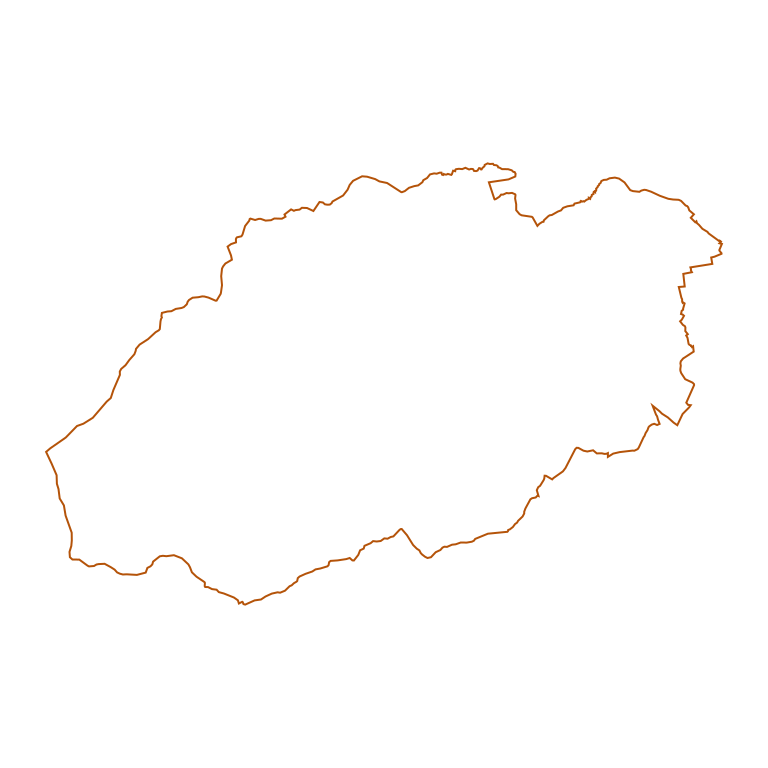 outline of Rasca, Suceava, Romania
{"feature_id": "2599482B72754053923518", "entity_name": "Rasca", "entity_type": "district", "adm_level": 2, "iso_a3": "ROU", "parent_name": "Romania", "parent_adm1": "Suceava", "projection": "orthographic", "projection_center": [26.151, 47.341], "detail": "fine", "context": "isolated", "style": "outline", "palette": "amber", "viewbox_px": 768, "rotation_deg": 0, "n_neighbors": 0, "source": "geoboundaries", "source_scale": "gbopen_adm2", "svg_char_len": 6102}
<svg xmlns="http://www.w3.org/2000/svg" viewBox="0 0 768 768"><path d="M280.1,592.7L285.0,590.7L289.6,586.2L291.7,585.3L293.9,583.2L296.5,581.7L297.2,581.0L297.8,578.1L299.6,576.5L305.6,573.8L312.3,571.5L315.5,569.4L320.3,568.5L327.5,566.3L328.6,565.1L329.1,562.2L330.6,560.9L337.6,560.4L346.2,559.1L349.7,558.0L352.4,560.4L353.9,560.5L358.3,554.9L360.1,550.3L363.7,548.6L364.5,545.8L370.6,543.2L373.1,541.1L376.7,541.5L380.7,541.0L384.3,538.4L387.6,538.7L390.7,537.0L393.4,536.4L399.5,529.9L400.6,529.1L401.7,529.0L407.0,535.2L413.1,545.0L416.8,548.7L419.4,550.4L420.7,553.0L422.1,554.5L425.1,556.8L427.5,558.0L431.0,557.2L435.7,552.2L440.4,550.0L442.5,547.6L444.4,546.7L447.0,546.9L452.0,544.7L455.7,544.3L460.8,542.5L466.7,542.6L471.9,541.7L473.9,540.7L475.2,538.9L487.9,533.7L507.4,531.8L508.0,531.1L508.2,530.0L509.8,529.4L512.9,527.0L515.0,524.1L517.1,522.6L518.1,520.8L522.6,516.5L524.2,513.5L524.2,511.8L525.4,508.5L530.4,499.3L532.1,498.2L535.7,497.5L537.5,495.6L538.5,496.0L536.8,490.2L538.2,487.2L540.1,485.8L543.7,480.0L544.3,478.4L544.6,475.7L546.0,475.8L552.2,479.4L553.4,478.1L562.9,471.4L565.5,468.0L575.2,449.2L576.6,447.8L578.4,447.9L583.5,450.7L587.3,451.5L593.1,450.3L596.8,453.4L601.8,453.3L604.4,453.9L606.4,453.8L607.9,453.1L607.9,456.9L613.2,453.6L619.7,452.1L632.5,450.6L634.4,450.7L637.7,449.1L638.8,447.5L643.6,437.2L644.5,436.0L645.6,433.1L647.5,430.1L648.5,427.3L649.2,426.4L651.7,424.6L654.2,423.8L657.1,425.0L659.6,423.9L658.0,419.7L657.1,416.3L656.0,414.6L652.6,405.7L659.6,411.3L662.0,413.7L667.8,417.4L673.6,422.6L677.3,425.2L682.6,414.0L689.2,407.3L690.7,405.2L688.1,404.9L686.3,402.7L694.1,385.1L694.0,384.1L692.5,382.6L685.2,379.2L681.2,373.1L680.4,370.8L680.3,369.1L680.8,365.7L680.4,363.3L680.8,361.3L683.1,358.5L693.7,351.6L693.1,346.3L692.0,347.1L691.5,346.2L691.0,346.1L690.9,345.4L689.5,344.9L688.6,343.9L687.5,337.8L686.2,335.5L687.8,334.2L685.3,331.1L685.4,327.4L684.9,326.2L682.8,324.8L680.1,321.3L681.8,319.7L684.0,315.8L682.7,314.6L681.0,314.0L681.7,310.8L683.1,309.7L683.1,308.7L684.6,303.4L683.1,302.4L682.7,302.8L682.2,301.8L682.1,299.2L681.4,297.8L678.8,287.0L684.7,286.5L683.3,273.9L691.9,272.2L690.9,270.3L691.0,269.1L690.4,267.4L712.3,263.9L711.2,257.5L714.5,256.7L721.5,253.8L721.5,253.2L719.6,250.9L719.3,250.1L721.9,243.9L719.5,243.3L721.0,241.7L720.2,240.9L719.3,240.5L718.9,240.9L708.6,233.4L707.5,231.9L702.4,228.8L698.9,224.8L697.0,223.2L696.4,221.3L695.3,222.3L690.8,217.8L693.9,214.3L689.3,210.4L688.2,207.3L687.2,206.1L685.6,205.5L681.1,200.9L678.7,199.8L673.0,199.5L668.3,198.8L659.9,195.8L651.1,191.7L646.1,190.0L644.2,189.8L641.3,190.6L639.4,191.8L632.9,191.1L630.2,190.1L624.5,182.4L619.1,178.6L614.9,177.6L609.5,178.3L606.7,179.7L603.8,179.9L601.4,181.0L600.5,183.1L599.2,184.0L599.1,185.0L597.7,186.3L597.7,187.0L596.1,188.7L596.3,189.8L596.1,190.7L595.1,190.9L595.1,191.9L594.6,191.4L593.8,191.8L593.8,192.7L593.4,193.1L593.5,194.0L591.8,194.9L591.6,196.4L590.5,197.3L590.2,198.8L588.8,197.9L588.8,198.9L586.5,199.8L584.2,201.6L583.5,201.2L582.2,201.6L580.9,200.9L580.6,201.2L580.8,201.8L580.2,202.3L574.5,203.6L573.6,205.3L567.4,206.3L563.2,207.8L561.0,210.4L558.0,211.5L551.8,215.0L549.7,215.3L548.4,216.1L544.0,220.2L543.5,221.8L542.5,221.8L539.4,223.8L537.4,225.9L532.6,217.4L531.8,216.8L521.6,215.3L519.6,214.2L516.2,210.2L516.2,204.3L515.1,198.5L515.5,195.0L515.2,194.3L512.0,192.9L508.6,193.3L506.6,193.0L503.1,194.6L501.1,194.6L499.4,196.7L495.9,199.0L494.7,199.4L494.4,199.1L488.9,182.3L508.5,179.4L515.3,176.5L515.6,173.8L514.6,172.0L513.4,171.9L511.7,170.3L508.1,169.2L502.0,169.1L499.4,167.6L498.2,167.4L497.9,166.3L496.6,165.3L493.9,165.0L493.0,163.8L489.8,164.0L487.6,163.4L484.7,164.9L484.4,166.3L482.5,167.9L481.6,169.4L481.1,169.5L479.9,168.2L479.1,168.1L477.5,170.6L476.1,171.1L474.0,170.9L473.2,169.3L472.6,169.0L470.9,168.9L469.1,169.5L465.4,167.8L462.2,169.1L458.9,168.8L456.0,169.2L455.4,169.7L455.2,171.2L453.1,170.7L451.9,174.2L451.3,174.9L447.8,173.9L446.7,174.5L444.7,174.5L443.8,174.0L443.1,175.0L442.0,174.6L441.5,172.7L439.6,172.7L436.7,173.7L434.1,173.4L430.0,174.4L427.1,178.0L423.3,180.2L422.4,182.2L418.2,185.4L414.3,186.1L409.0,187.8L404.8,191.1L401.9,192.2L401.2,192.1L387.1,183.0L379.4,181.4L375.2,179.1L367.1,176.7L362.1,176.3L353.1,180.8L349.7,184.9L347.6,189.7L343.1,195.5L332.5,201.5L331.6,203.2L329.8,204.6L327.3,204.7L324.9,204.3L322.9,202.5L319.5,202.0L313.4,211.0L307.0,208.0L301.9,207.8L299.6,209.6L295.5,210.1L293.9,210.8L291.1,209.4L284.5,214.5L285.5,216.7L281.9,218.7L274.3,218.5L271.0,220.2L265.6,220.6L260.8,218.9L258.7,218.9L255.1,220.0L250.4,218.6L249.7,219.0L249.3,220.6L245.1,226.0L242.5,234.6L241.4,236.3L237.0,237.3L236.3,238.1L235.9,239.1L236.0,242.4L231.0,244.1L227.6,246.6L231.0,255.4L231.9,259.7L225.4,263.5L223.1,266.4L222.0,268.6L221.2,276.2L222.0,285.2L221.0,292.3L220.7,293.8L216.6,300.6L215.6,300.7L208.5,297.6L204.3,296.5L202.2,296.4L198.4,297.2L192.6,297.7L189.0,300.0L187.7,301.7L186.8,304.3L183.8,307.1L181.5,308.0L175.8,308.9L171.4,311.2L167.5,311.5L161.9,312.9L161.4,316.2L161.9,317.4L161.0,319.1L160.5,321.4L159.8,329.1L158.8,330.3L155.6,332.2L148.1,339.1L139.6,344.6L136.0,348.9L135.7,350.8L134.4,354.2L129.3,360.0L125.6,365.1L121.2,368.9L119.8,371.5L119.9,374.9L113.4,390.0L110.8,398.0L106.7,401.6L92.8,417.8L83.4,423.7L77.0,426.0L65.8,437.5L50.3,448.3L46.1,451.9L51.6,463.6L56.6,475.2L56.9,483.8L58.5,489.0L59.7,498.5L63.9,505.4L65.6,515.6L71.7,532.7L71.8,540.5L71.3,546.0L69.5,551.9L69.9,557.2L72.4,559.5L79.3,559.6L87.6,565.7L89.0,566.4L94.0,566.0L96.5,564.5L98.6,564.1L104.6,563.8L110.7,567.1L114.6,569.6L117.1,572.4L119.9,573.7L122.9,574.5L126.6,574.3L136.9,574.9L145.7,572.6L147.4,567.9L150.5,566.3L152.3,564.4L153.1,561.6L159.8,556.3L162.9,555.8L166.4,556.2L173.9,555.2L181.9,558.3L188.4,564.4L190.0,567.3L191.9,572.3L196.5,576.7L204.5,582.1L204.9,582.9L204.7,586.1L205.2,587.0L208.1,587.1L212.0,589.1L216.6,589.7L218.8,592.1L223.9,593.5L233.9,597.5L237.9,600.3L238.9,603.5L242.2,601.8L242.7,602.1L243.5,604.1L245.2,604.6L254.6,600.4L261.0,599.5L265.5,596.5L271.8,593.6L277.6,592.3L280.1,592.7Z" fill="none" stroke="#b45309" stroke-width="2"/></svg>